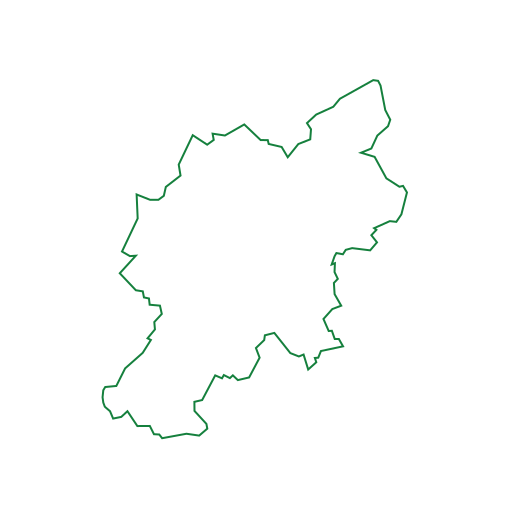 Strumitsa, Strumitsa, North Macedonia (Natural Earth projection), rotated 104°
{"feature_id": "65306769B9612885815739", "entity_name": "Strumitsa", "entity_type": "district", "adm_level": 2, "iso_a3": "MKD", "parent_name": "North Macedonia", "parent_adm1": "Strumitsa", "projection": "natural_earth1", "projection_center": [22.651, 41.408], "detail": "fine", "context": "isolated", "style": "outline", "palette": "green", "viewbox_px": 512, "rotation_deg": 104, "n_neighbors": 0, "source": "geoboundaries", "source_scale": "gbopen_adm2", "svg_char_len": 1694}
<svg xmlns="http://www.w3.org/2000/svg" viewBox="0 0 512 512"><g transform="rotate(104 256 256)"><path d="M322.6,149.7L316.5,155.5L317.5,159.5L310.2,164.3L311.2,167.3L300.8,175.3L289.0,169.1L283.6,161.3L274.0,170.5L263.3,173.9L258.4,171.1L252.6,175.9L243.9,177.7L245.9,180.5L237.2,179.7L233.7,178.7L233.3,172.1L228.3,170.4L225.1,164.6L222.9,146.6L213.5,141.9L207.9,149.1L201.5,145.5L200.4,148.1L189.8,134.6L188.9,128.1L180.4,125.0L157.8,124.9L152.4,130.3L154.1,133.6L149.1,148.3L131.1,164.9L130.4,179.1L123.8,170.1L109.8,167.4L98.1,159.3L91.3,158.7L83.1,165.9L60.5,176.4L56.5,179.9L57.0,184.8L83.1,212.6L92.5,217.1L104.2,231.8L114.7,238.7L119.7,233.3L129.7,231.6L137.1,242.0L152.5,249.1L144.0,257.5L144.2,270.8L140.7,272.6L142.4,279.5L131.2,299.2L146.6,315.3L147.8,327.7L153.6,325.1L159.8,330.3L154.1,346.6L186.0,353.1L196.2,348.7L210.8,360.2L219.9,360.0L225.1,364.3L227.1,372.3L225.2,386.7L248.2,379.9L284.1,387.1L286.6,378.3L284.8,372.7L305.7,384.0L318.3,364.3L317.7,357.3L323.3,354.7L323.1,349.6L329.0,347.4L327.4,337.2L335.0,333.4L344.7,338.7L351.7,336.3L362.1,341.3L362.9,337.7L377.4,342.5L396.7,355.8L415.9,360.1L419.6,370.6L423.2,371.7L430.2,370.7L435.2,368.7L438.7,366.3L439.2,365.5L441.9,360.1L448.3,355.3L444.7,347.8L437.7,343.2L449.7,330.0L446.6,317.9L453.6,311.9L452.6,306.7L455.5,303.0L445.3,280.5L444.0,267.7L435.3,261.5L430.9,263.5L421.2,278.2L412.4,280.5L408.8,273.4L381.7,266.7L382.9,259.4L379.3,258.4L380.8,251.8L377.4,249.6L380.8,243.6L375.5,233.3L353.8,227.9L345.3,233.8L335.6,227.7L330.8,228.2L326.2,219.6L341.9,199.2L343.1,190.1L340.1,186.0L353.5,177.9L344.5,171.8L340.7,174.2L339.6,171.0L332.5,170.0L322.6,149.7Z" fill="none" stroke="#15803d" stroke-width="2"/></g></svg>